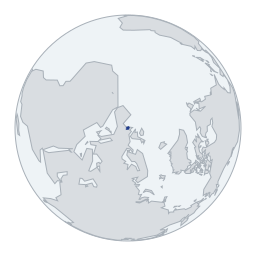 Loire-Atlantique on an orthographic globe, rotated 138°
{"feature_id": "FRA-5316", "entity_name": "Loire-Atlantique", "entity_type": "Metropolitan department", "adm_level": 1, "iso_a3": "FRA", "parent_name": "France", "parent_adm1": "", "projection": "orthographic", "projection_center": [-1.707, 47.343], "detail": "medium", "context": "on_globe", "style": "filled", "palette": "blue", "viewbox_px": 256, "rotation_deg": 138, "n_neighbors": 0, "source": "natural_earth", "source_scale": "10m", "svg_char_len": 10304}
<svg xmlns="http://www.w3.org/2000/svg" viewBox="0 0 256 256"><g transform="rotate(138 128 128)"><circle cx="128" cy="128" r="113" fill="#eef3f6" stroke="#a8b0b8"/><path d="M27.6,179.1L27.1,178.1L25.7,175.1L22.0,166.1L17.9,151.1L17.9,148.7L17.4,144.9L19.2,143.7L19.6,136.1L19.2,133.4L18.2,133.8L17.7,123.4L18.7,116.4L23.3,88.0L25.2,83.4L27.4,79.6L39.9,60.2L29.4,74.8L32.2,69.7L36.5,63.4L36.6,63.7L42.8,56.4L46.8,51.7L55.7,44.5L65.0,41.0L62.2,43.1L64.7,42.3L68.4,39.7L70.2,38.3L84.1,33.7L96.9,28.1L99.1,25.7L100.1,27.0L103.1,22.2L108.9,19.8L103.4,23.0L103.7,23.8L108.2,22.3L109.5,22.8L112.4,22.4L113.5,23.3L110.2,25.3L110.9,26.0L114.0,24.9L117.1,25.3L112.4,26.7L117.3,27.5L112.7,31.7L99.2,35.8L97.7,39.6L86.6,48.1L88.7,48.4L85.8,52.1L87.1,53.8L84.6,55.1L87.8,55.4L89.8,53.9L91.8,53.6L92.8,54.5L89.8,56.3L88.9,56.1L88.6,57.1L86.7,57.6L88.1,57.9L84.5,60.1L89.5,59.4L87.7,62.4L84.9,63.5L83.4,61.4L73.3,59.5L70.0,60.4L66.8,63.5L64.5,73.1L61.6,75.1L58.9,79.1L61.3,78.8L64.3,75.6L68.0,76.3L71.2,72.5L73.2,72.3L77.1,69.5L78.4,72.1L77.5,76.3L74.3,78.9L73.8,80.9L78.4,80.4L73.9,87.4L73.5,95.9L72.1,97.6L66.7,97.1L62.9,92.0L55.9,92.3L62.3,94.5L58.7,99.1L58.9,101.0L60.2,102.2L62.3,101.4L61.5,103.6L54.8,102.1L55.5,100.0L57.6,100.5L55.7,98.2L51.2,97.6L49.8,100.2L44.5,97.3L43.4,99.2L41.7,99.8L43.8,96.8L39.9,102.2L33.5,100.9L28.1,110.2L31.3,99.9L31.3,96.0L30.7,92.3L29.7,93.7L30.2,87.5L28.5,85.6L24.5,90.6L21.7,97.6L21.4,103.7L22.9,102.6L23.6,106.2L19.8,111.0L20.5,119.4L18.5,124.5L18.3,129.6L19.4,132.4L20.4,137.6L22.2,136.8L24.6,139.2L23.5,144.0L25.7,141.9L26.5,146.5L32.0,154.3L31.3,154.8L35.7,166.8L42.4,175.9L44.0,180.8L43.0,182.1L45.7,184.9L45.8,186.3L58.3,196.8L66.1,204.0L66.7,208.2L62.0,209.7L61.9,216.0L54.6,212.4L55.5,214.0L55.0,213.8L48.5,207.8L42.4,201.3L36.9,194.3L32.0,186.9L27.6,179.1ZM26.3,112.7L27.3,124.9L25.2,120.9L25.9,121.0L25.9,117.2L25.6,111.8L24.2,108.5L26.3,112.7ZM30.2,111.6L29.9,109.9L30.4,111.2L30.2,111.6ZM70.8,37.6L68.4,39.6L64.6,41.9L66.5,40.1L70.8,37.6ZM78.3,34.0L77.5,34.9L74.7,35.4L76.0,34.7L78.3,34.0ZM100.5,24.0L98.2,24.9L100.0,23.9L100.5,24.0ZM112.6,22.3L112.8,21.9L114.2,21.9L112.6,22.3ZM76.2,68.2L76.6,68.8L75.7,69.1L76.2,68.2ZM77.4,66.5L76.0,66.3L76.4,65.5L77.3,65.6L77.4,66.5ZM117.2,23.2L119.4,23.5L116.6,23.5L117.2,23.2ZM79.2,66.9L77.3,64.0L78.0,62.6L82.0,61.9L79.2,66.9ZM120.3,23.9L125.6,24.7L126.6,23.8L126.8,27.0L122.2,25.1L118.6,25.3L120.5,24.6L120.3,23.9ZM90.0,53.0L87.9,54.7L88.8,52.5L90.0,53.0ZM90.0,51.7L89.7,45.8L93.2,44.0L92.6,46.3L96.5,43.4L98.3,45.4L96.6,47.4L94.0,48.2L96.7,48.4L90.0,51.7ZM126.1,28.8L126.9,29.4L125.4,29.2L126.1,28.8ZM92.7,53.3L92.3,52.2L95.3,50.5L96.7,52.4L95.3,52.3L92.7,53.3ZM96.5,41.8L99.0,41.0L101.2,42.3L102.5,42.2L98.7,45.3L96.5,41.8ZM95.0,53.2L97.2,53.5L96.7,55.2L93.3,54.3L95.0,53.2ZM95.6,49.3L97.1,48.6L96.7,49.6L95.6,49.3ZM95.9,61.6L95.4,60.1L96.9,59.1L95.9,61.6ZM98.1,53.5L98.3,52.9L98.8,52.4L100.1,52.9L98.1,53.5ZM100.5,46.1L100.9,46.9L102.2,44.9L103.9,46.0L101.0,47.9L103.0,47.5L103.5,47.9L100.6,49.1L100.5,46.1ZM103.1,52.0L100.0,55.0L100.7,57.8L99.3,58.7L98.5,54.1L103.1,52.0ZM101.9,50.1L102.3,51.5L100.4,51.9L98.9,51.3L101.9,50.1ZM106.1,46.1L104.2,43.9L104.9,43.6L106.1,46.1ZM103.6,52.7L104.3,51.9L103.9,52.8L103.6,52.7ZM105.7,48.0L105.0,47.2L105.8,46.9L105.7,48.0ZM106.4,51.2L105.4,52.1L104.4,51.7L106.4,51.2ZM106.4,49.6L107.7,49.3L104.6,51.0L105.9,49.4L106.4,49.6ZM106.6,47.8L106.8,47.3L106.8,48.1L106.6,47.8ZM110.9,52.4L107.3,54.6L105.0,53.5L108.8,51.6L110.9,52.4ZM220.8,64.1L224.9,70.6L225.8,72.2L226.2,73.1L229.1,78.6L229.8,79.8L235.0,92.9L235.3,93.8L236.8,99.0L237.4,101.2L236.6,98.1L234.5,93.6L235.7,98.7L234.4,95.9L231.7,94.3L232.8,101.8L235.3,118.1L237.6,126.2L237.6,132.7L232.7,127.3L229.0,121.0L228.2,124.5L222.4,123.2L215.1,133.2L213.2,132.0L212.0,135.0L207.8,136.2L204.6,133.9L202.4,136.3L210.7,141.9L212.9,139.4L213.6,133.3L215.6,136.1L219.6,135.6L218.2,148.5L206.0,168.3L203.4,162.7L186.9,151.0L186.6,148.5L186.5,148.3L186.2,147.9L186.1,152.2L182.8,149.5L193.1,159.5L195.5,164.5L205.8,168.8L205.2,170.4L208.1,170.4L215.8,161.1L216.1,163.2L213.4,176.1L201.5,196.6L202.3,202.6L200.1,208.5L191.0,216.5L190.1,219.4L185.2,222.8L183.7,224.5L178.8,227.8L171.1,231.6L160.0,235.2L160.7,234.3L157.2,233.3L152.9,227.1L157.1,222.0L156.7,218.5L148.5,210.9L150.4,205.0L147.9,202.9L142.9,204.2L139.8,201.5L136.6,201.8L115.7,204.3L108.6,199.9L98.1,185.6L101.3,180.5L100.5,173.7L121.3,150.4L127.3,151.8L145.4,146.3L148.0,146.8L147.5,152.9L162.5,156.4L165.4,150.5L177.2,150.0L184.1,146.6L183.5,134.9L172.3,140.4L168.7,136.0L176.3,127.2L185.8,122.5L184.7,120.7L177.2,119.5L178.0,114.5L174.5,118.8L177.0,120.0L174.9,122.8L172.5,121.9L172.8,120.1L169.5,120.6L168.7,129.5L171.1,131.7L163.4,136.3L166.7,140.4L165.2,143.5L159.0,137.7L158.5,134.8L148.1,129.2L148.0,132.5L157.7,138.2L155.3,138.2L155.2,143.2L153.4,139.5L142.8,132.8L134.9,136.2L127.3,148.9L122.2,150.1L116.7,148.0L117.0,135.9L128.5,134.5L128.7,130.6L124.3,125.3L128.1,125.4L127.7,123.2L131.8,122.5L135.6,116.4L139.4,115.1L138.9,108.2L140.8,106.7L140.6,111.2L142.5,113.7L151.9,110.8L153.1,108.9L152.0,104.7L154.7,104.6L152.4,100.9L156.8,97.4L149.6,98.7L148.0,94.2L149.6,89.8L147.8,88.6L145.3,95.9L145.4,98.6L147.7,100.5L147.0,108.7L144.2,110.8L140.0,103.4L135.5,105.7L134.2,99.3L141.9,83.1L146.1,78.9L157.3,80.8L157.5,84.0L153.6,84.9L159.1,88.0L157.7,85.8L160.0,85.9L159.1,81.9L160.7,81.7L157.2,78.3L159.0,77.7L161.2,79.8L161.5,73.8L164.7,71.7L164.0,70.4L162.3,69.6L167.5,67.6L166.8,66.8L164.8,67.1L162.0,65.7L159.2,62.6L161.1,62.1L162.4,63.1L168.1,64.7L171.3,67.8L171.8,67.3L169.5,64.5L162.6,62.5L160.3,60.8L163.6,61.3L162.2,61.0L161.7,60.0L163.0,58.6L159.4,57.9L151.1,48.5L152.8,45.2L156.6,46.4L152.9,40.1L155.1,37.3L153.3,37.6L150.2,35.0L149.5,35.8L148.4,35.8L140.2,30.3L139.8,28.8L134.2,27.1L133.2,27.3L133.2,28.3L126.8,27.0L126.6,23.8L128.7,23.5L127.1,21.9L132.3,21.6L135.8,20.8L142.4,21.8L144.6,21.2L143.7,20.7L146.1,19.8L154.0,20.2L151.5,22.2L140.4,23.2L145.3,22.8L145.3,23.7L147.8,24.1L151.1,24.0L150.8,23.4L162.1,28.1L172.5,30.8L168.9,28.1L169.4,27.1L178.1,29.0L195.1,38.9L195.9,38.6L197.8,39.8L201.1,42.6L198.4,40.9L199.3,42.2L197.3,40.9L201.7,45.2L199.1,43.6L203.8,47.9L205.0,48.1L202.1,44.7L207.3,49.5L207.8,48.9L210.9,51.7L218.4,60.8L220.8,64.1ZM116.0,163.2L115.9,165.4L116.0,163.2ZM197.3,122.8L202.1,119.1L197.4,114.3L198.9,112.6L196.8,111.7L197.1,114.0L191.6,111.2L192.7,107.4L190.9,105.0L189.2,106.2L188.0,113.6L195.8,117.5L195.8,121.2L197.3,122.8ZM32.2,154.5L32.7,156.3L31.7,155.1L32.2,154.5ZM24.1,122.2L24.7,124.0L24.7,125.6L24.1,124.6L24.1,122.2ZM30.9,136.5L31.9,138.8L30.5,137.2L30.9,136.5ZM27.6,126.7L30.0,134.8L27.3,132.3L25.9,127.3L27.3,129.6L27.6,126.7ZM28.3,113.6L28.5,115.0L27.9,115.6L28.3,113.6ZM30.6,112.6L30.4,112.3L30.6,111.0L30.6,112.6ZM59.1,99.2L59.6,99.4L60.6,101.0L59.4,100.9L59.1,99.2ZM69.1,104.5L67.6,108.0L67.9,105.4L66.0,105.8L64.2,101.0L71.3,98.3L68.4,100.3L69.1,104.5ZM63.7,94.2L64.1,97.3L63.4,94.0L63.7,94.2ZM121.4,112.5L123.5,113.7L122.9,116.5L118.0,118.7L118.8,114.7L121.4,112.5ZM126.6,115.0L123.7,107.4L126.7,105.9L125.5,108.0L127.7,107.8L126.4,111.1L132.0,117.3L131.9,120.2L122.9,122.3L125.9,120.0L123.7,118.8L126.6,115.0ZM111.3,92.8L110.1,90.1L118.0,90.3L118.2,92.8L113.3,95.1L110.2,93.4L111.3,92.8ZM86.6,66.5L85.6,65.9L86.4,65.3L87.9,65.4L86.6,66.5ZM95.6,61.0L91.6,69.0L90.3,68.6L89.6,74.0L85.9,75.1L86.5,71.5L83.1,76.6L82.1,73.8L80.2,77.5L81.9,69.3L80.9,67.2L83.4,69.1L86.9,68.0L88.1,67.0L90.7,62.4L90.3,57.6L93.6,56.0L96.1,56.2L96.7,57.1L94.4,57.8L96.9,58.5L93.9,60.2L95.6,61.0ZM123.3,62.2L120.3,62.1L124.9,64.9L122.0,66.2L122.7,66.5L121.2,68.5L120.7,71.5L119.1,71.7L119.6,72.8L118.6,74.3L118.7,75.9L116.0,77.0L115.9,79.1L114.6,78.4L115.2,81.7L113.5,79.8L112.1,81.6L114.5,82.6L99.1,85.6L94.0,88.8L90.7,92.7L88.2,89.1L89.7,83.3L93.5,77.3L98.8,74.9L96.7,73.8L98.6,72.4L99.4,73.9L99.3,70.8L101.1,70.1L104.4,65.4L103.1,61.8L104.3,60.1L105.7,61.2L105.9,58.7L109.4,59.7L110.3,58.5L114.7,58.4L116.9,61.3L117.8,59.8L121.1,59.8L123.3,62.2ZM112.1,52.5L115.4,55.4L115.5,57.6L107.8,56.9L106.5,57.8L101.6,57.7L101.7,54.5L103.1,54.8L104.4,54.4L103.9,55.6L105.3,54.3L107.3,54.8L109.0,53.9L109.6,55.1L112.1,52.5ZM149.9,144.0L151.6,143.9L154.2,142.9L154.1,146.1L149.9,144.0ZM142.6,139.6L144.0,138.9L145.2,142.7L143.4,143.0L142.6,139.6ZM143.9,135.4L144.0,138.6L142.8,137.0L143.9,135.4ZM141.8,110.3L143.3,109.4L143.8,110.3L143.5,112.0L141.8,110.3ZM136.3,71.6L134.6,71.0L134.7,70.3L132.3,67.5L134.2,66.4L136.5,67.7L136.3,71.6ZM182.2,137.7L180.8,140.8L179.5,140.3L180.2,139.4L182.2,137.7ZM167.2,144.2L171.1,144.2L167.2,145.1L167.2,144.2ZM138.0,69.9L136.8,68.8L138.5,69.0L138.0,69.9ZM135.6,65.5L137.5,65.3L134.2,65.9L135.6,65.5ZM213.9,197.1L204.9,209.7L201.1,212.6L201.8,211.0L206.0,204.4L210.8,199.4L213.5,195.0L213.9,197.1ZM237.9,126.5L239.2,128.9L239.0,131.5L237.9,126.5ZM227.4,74.9L228.1,76.4L227.6,75.5L225.7,72.0L226.5,73.3L227.4,74.9ZM153.2,60.6L154.4,65.7L156.7,68.9L160.0,69.9L155.8,70.7L152.4,65.8L153.2,60.6ZM151.1,50.0L148.2,49.3L149.1,48.4L149.9,48.4L151.1,50.0ZM149.7,50.5L146.9,52.1L145.0,50.9L147.6,49.9L149.7,50.5ZM142.6,60.7L142.8,62.2L141.4,62.0L142.6,60.7ZM195.2,37.6L194.4,37.0L192.3,35.6L193.1,36.1L195.2,37.6ZM188.5,33.0L191.5,35.0L196.7,38.8L196.2,38.3L197.6,39.4L199.2,40.7L198.9,40.6L193.7,36.6L190.1,34.0L187.4,32.4L183.5,30.1L181.2,29.1L178.8,27.9L179.8,28.1L183.6,30.0L188.5,33.0ZM180.3,28.7L174.7,26.8L171.8,24.9L172.4,25.0L176.1,26.6L177.5,27.4L180.3,28.7ZM172.5,25.8L173.7,26.7L168.1,27.1L166.2,26.7L169.0,25.1L170.2,25.9L172.1,26.3L172.5,25.8ZM127.7,29.0L126.9,29.4L126.9,28.7L127.7,29.0ZM148.0,36.3L146.5,36.1L146.5,35.3L148.0,36.3ZM142.3,35.2L143.3,36.3L141.4,35.3L142.3,35.2ZM145.9,38.7L143.4,36.8L146.9,38.4L145.9,38.7Z" fill="#d9dde1" stroke="#a8b0b8" stroke-width="1"/><path d="M127.6,128.6L127.5,128.4L127.3,128.4L127.4,128.2L127.6,128.1L127.8,128.2L127.9,128.3L128.0,128.3L127.9,128.2L127.7,128.1L127.4,128.1L127.2,128.2L126.9,128.1L127.0,128.1L126.9,128.0L126.9,127.9L127.0,127.9L127.2,127.7L127.3,127.7L127.5,127.6L127.5,127.4L127.8,127.3L128.0,127.3L128.1,127.2L128.3,127.1L128.5,127.1L128.6,127.3L128.9,127.5L128.7,127.5L128.8,127.7L129.0,127.7L129.0,127.8L128.9,127.9L128.7,127.9L128.6,128.0L128.7,128.3L128.6,128.5L128.8,128.5L128.7,128.6L128.4,128.8L128.3,128.7L128.2,128.6L128.2,128.8L128.3,128.9L128.2,128.9L127.9,128.8L127.6,128.6Z" fill="#3b82f6" stroke="#1e3a8a" stroke-width="1.5"/></g></svg>